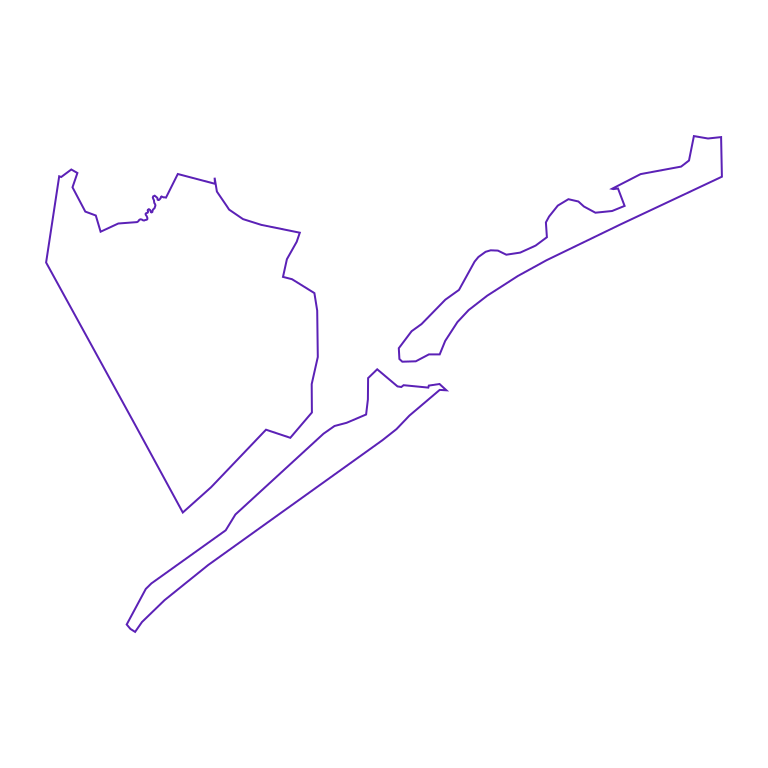 the district of Galveston, Texas, United States of America
{"feature_id": "52423323B5668037178714", "entity_name": "Galveston", "entity_type": "district", "adm_level": 2, "iso_a3": "USA", "parent_name": "United States of America", "parent_adm1": "Texas", "projection": "natural_earth1", "projection_center": [-94.91, 29.338], "detail": "fine", "context": "isolated", "style": "outline", "palette": "violet", "viewbox_px": 768, "rotation_deg": 0, "n_neighbors": 0, "source": "geoboundaries", "source_scale": "gbopen_adm2", "svg_char_len": 2063}
<svg xmlns="http://www.w3.org/2000/svg" viewBox="0 0 768 768"><path d="M59.2,176.3L46.1,262.5L78.1,320.8L134.8,424.2L182.8,512.5L211.1,487.2L266.0,429.7L290.3,437.8L308.2,416.8L311.9,412.5L311.7,384.1L317.8,357.0L317.2,310.6L314.4,293.1L292.0,279.2L283.0,276.9L286.9,259.2L296.7,241.8L299.8,232.7L261.4,224.9L243.0,219.1L229.1,209.6L226.8,206.1L216.9,191.6L214.6,177.7L215.0,183.8L177.8,174.0L166.0,197.6L164.4,197.3L163.7,197.4L161.5,196.5L161.0,196.9L160.6,198.2L159.7,199.3L158.8,200.0L158.2,200.0L157.6,199.6L157.4,198.1L156.8,197.4L154.7,195.7L153.2,196.4L152.8,197.6L153.2,198.7L154.0,200.4L154.1,201.7L154.3,202.9L155.2,204.4L155.4,205.6L154.5,208.2L153.2,209.4L152.7,210.2L152.3,212.0L151.6,212.4L151.0,212.2L150.5,210.8L150.0,209.9L148.9,209.2L147.9,209.8L147.7,210.5L148.1,211.8L147.6,212.7L146.0,213.3L145.6,213.9L145.7,214.7L146.7,216.2L147.3,217.7L147.4,218.9L147.0,219.5L146.4,219.8L145.3,220.0L144.1,220.5L143.0,220.3L141.9,219.6L140.7,219.3L139.7,219.6L139.0,220.2L138.3,221.3L137.0,222.1L118.3,223.5L100.6,231.7L95.8,215.5L85.3,211.6L72.5,187.3L77.4,173.0L71.3,169.5L61.2,177.0L59.2,176.3ZM612.0,188.8L613.3,189.1L618.0,188.5L624.6,205.9L612.1,211.0L595.4,212.7L583.9,206.5L578.4,201.5L568.4,199.2L557.8,205.6L549.1,216.5L545.9,222.4L546.9,237.2L535.6,245.6L520.2,252.6L506.3,254.7L497.9,250.6L490.7,250.3L485.6,251.8L478.4,257.0L474.6,261.6L459.0,289.9L445.3,299.7L421.6,324.0L411.6,331.2L398.8,348.2L399.4,359.0L402.3,361.7L415.8,361.3L428.9,354.4L439.7,354.4L445.2,340.9L457.4,322.1L468.6,310.1L487.2,295.7L518.0,275.9L546.4,260.3L620.1,224.6L721.9,176.7L721.1,137.1L708.0,138.5L693.9,136.1L689.0,160.5L681.1,166.6L640.6,174.1L612.0,188.8ZM145.8,588.9L126.7,624.5L130.4,628.9L135.1,631.9L142.0,622.0L164.6,600.1L208.2,565.0L382.7,440.0L396.5,429.1L409.4,415.6L439.7,389.9L446.4,390.3L439.5,384.0L428.8,385.6L428.3,387.6L403.6,385.2L401.3,387.0L397.5,386.4L377.2,369.3L368.1,378.1L367.9,399.4L366.1,414.5L346.6,422.8L334.5,426.0L323.5,433.7L235.4,514.5L225.7,530.3L151.4,583.4L145.8,588.9Z" fill="none" stroke="#5b21b6" stroke-width="2"/></svg>